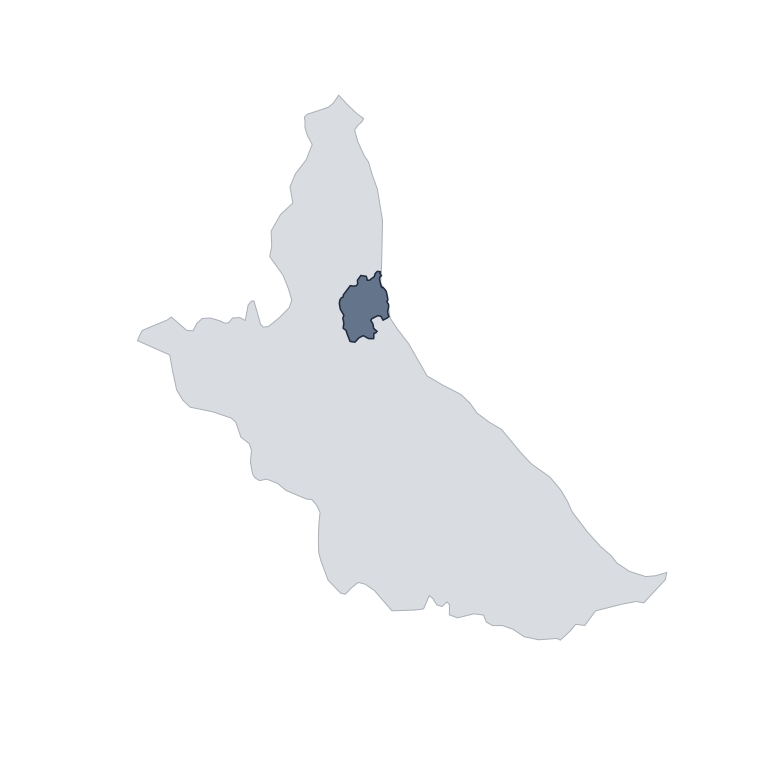 Moldova, with Leova highlighted, rotated 166°
{"feature_id": "MDA-1641", "entity_name": "Leova", "entity_type": "District", "adm_level": 1, "iso_a3": "MDA", "parent_name": "Moldova", "parent_adm1": "", "projection": "orthographic", "projection_center": [28.371, 46.556], "detail": "fine", "context": "in_parent", "style": "filled", "palette": "slate", "viewbox_px": 768, "rotation_deg": 166, "n_neighbors": 0, "source": "natural_earth", "source_scale": "10m", "svg_char_len": 2892}
<svg xmlns="http://www.w3.org/2000/svg" viewBox="0 0 768 768"><g transform="rotate(166 384 384)"><path d="M155.3,132.7L158.2,126.2L184.9,108.8L191.7,111.9L205.5,112.8L233.6,112.7L247.6,101.1L256.1,104.5L263.1,99.3L274.8,92.8L276.4,94.2L277.9,95.3L295.8,98.4L309.2,104.9L318.1,114.7L327.4,120.9L337.0,123.3L342.3,128.2L343.3,135.7L352.3,139.3L369.3,139.3L376.4,144.2L373.9,154.1L375.6,157.4L381.6,154.0L386.2,156.9L388.6,164.2L391.3,167.7L400.0,156.2L409.1,157.3L431.2,162.0L443.2,185.8L450.6,194.3L457.1,197.7L465.2,193.9L472.4,189.4L476.6,191.5L485.7,207.2L488.0,227.8L488.1,236.1L485.0,250.2L480.6,265.2L477.1,274.9L478.7,282.7L482.0,289.2L487.4,291.3L504.8,304.4L511.4,313.4L520.9,320.1L528.1,320.4L531.9,324.1L533.3,328.7L532.5,340.5L528.6,351.7L529.2,358.7L535.7,367.0L536.5,376.8L537.1,383.1L540.5,387.9L556.7,398.3L577.7,408.4L583.2,417.2L586.6,428.4L586.0,447.4L584.9,464.0L612.7,485.7L609.7,489.9L605.6,494.5L579.4,498.4L574.1,500.4L562.5,483.8L556.4,481.8L550.9,488.1L544.4,491.6L536.5,490.0L527.9,485.0L523.6,481.4L520.1,481.0L514.9,484.7L507.8,483.3L503.2,479.2L496.7,493.5L492.6,496.5L490.1,496.1L489.3,471.9L487.3,468.3L482.1,467.8L469.4,473.7L457.3,481.2L453.2,487.8L453.7,499.7L455.6,513.9L464.1,535.3L459.6,544.8L456.5,559.7L443.4,573.5L428.7,581.6L427.5,598.0L419.3,609.2L405.2,620.4L395.7,633.9L398.1,643.1L398.7,651.8L397.1,657.7L396.7,662.3L393.0,664.3L371.3,666.0L365.2,668.8L358.1,675.2L351.4,663.0L344.6,652.4L339.6,646.6L341.8,644.0L347.2,641.0L351.1,637.4L350.7,624.7L347.9,610.2L345.3,603.1L345.0,592.0L343.3,574.8L345.9,542.9L356.8,502.8L362.7,482.8L359.9,471.9L362.1,446.4L357.6,433.8L350.4,417.3L340.2,381.4L327.5,368.9L311.8,355.1L305.2,344.7L300.8,333.3L291.5,321.9L280.9,311.4L268.4,285.3L261.9,273.5L259.9,270.3L245.5,253.5L238.1,238.3L234.4,225.9L232.4,214.5L222.6,191.7L213.6,174.6L205.1,162.4L201.2,153.8L191.2,142.8L176.8,133.9L167.4,132.3L155.3,132.7Z" fill="#d9dde1" stroke="#a8b0b8" stroke-width="1"/><path d="M361.9,478.2L361.4,477.7L359.7,474.3L359.4,472.7L359.7,465.5L360.2,464.1L361.4,463.3L360.3,460.1L360.9,457.3L362.3,454.9L363.1,452.9L363.2,450.2L362.9,448.2L365.2,447.2L369.5,446.2L370.6,450.4L373.5,451.8L380.2,450.2L381.5,448.7L380.5,446.3L380.2,444.2L380.6,440.5L378.0,436.8L379.6,435.6L381.6,435.5L382.3,432.8L383.1,430.5L388.0,431.8L392.4,435.9L397.0,434.9L402.1,431.6L406.6,433.5L407.6,441.0L407.9,445.2L410.1,447.9L409.4,450.0L408.4,452.1L408.1,454.8L408.1,457.7L406.3,460.4L407.0,462.6L408.3,467.2L407.9,472.9L406.6,476.1L404.5,478.0L402.6,478.3L401.8,480.4L392.9,487.6L390.1,486.4L387.2,486.0L385.3,487.6L384.7,491.1L380.2,494.9L375.2,492.8L375.0,490.6L375.1,488.7L372.8,488.2L370.4,489.4L367.6,490.4L365.8,493.3L363.3,494.9L360.7,494.0L360.4,493.5L360.6,493.4L361.2,492.4L360.3,489.7L362.2,488.8L362.9,487.3L363.1,485.7L363.1,479.8L362.9,478.2L362.5,478.0L361.9,478.2Z" fill="#64748b" stroke="#1e293b" stroke-width="1.5"/></g></svg>